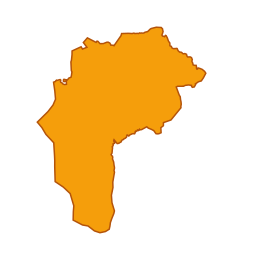 Tsafe, Zamfara, Nigeria (Robinson projection), rotated 348°
{"feature_id": "59680162B12426298681132", "entity_name": "Tsafe", "entity_type": "district", "adm_level": 2, "iso_a3": "NGA", "parent_name": "Nigeria", "parent_adm1": "Zamfara", "projection": "robinson", "projection_center": [6.979, 11.824], "detail": "fine", "context": "isolated", "style": "filled", "palette": "amber", "viewbox_px": 256, "rotation_deg": 348, "n_neighbors": 0, "source": "geoboundaries", "source_scale": "gbopen_adm2", "svg_char_len": 4026}
<svg xmlns="http://www.w3.org/2000/svg" viewBox="0 0 256 256"><g transform="rotate(348 128 128)"><path d="M176.6,35.3L171.4,35.5L170.4,35.8L167.2,37.8L166.0,37.8L164.3,37.9L163.2,38.4L161.8,38.2L160.7,37.8L159.7,37.8L159.0,37.4L158.0,37.8L156.9,37.4L156.2,37.3L154.2,37.0L153.7,36.5L152.9,36.4L151.7,36.5L148.2,35.5L141.4,34.3L140.3,36.3L131.4,44.6L130.9,44.0L130.2,43.9L129.4,43.6L128.5,43.5L128.4,42.9L128.3,42.4L128.0,41.6L127.8,41.0L127.5,40.8L127.0,40.4L126.4,39.9L125.0,39.7L121.4,40.3L118.2,39.7L116.5,36.9L115.7,36.6L114.6,37.6L113.1,36.4L107.0,31.4L102.1,35.1L104.6,40.5L99.9,41.3L99.0,38.8L89.3,41.0L88.5,44.6L86.8,49.9L85.9,51.5L84.5,60.0L84.8,61.5L83.6,64.8L82.8,66.5L81.4,66.7L80.2,67.0L79.5,67.8L78.6,68.4L77.9,68.0L77.1,67.8L75.7,67.1L75.1,67.1L74.5,68.7L75.0,69.4L77.5,69.4L76.9,72.5L74.9,72.3L73.6,71.5L72.8,70.1L71.7,69.3L71.6,68.4L72.2,67.2L71.7,66.5L71.3,66.5L69.7,66.6L68.8,66.7L68.0,66.3L67.2,66.8L66.8,67.4L65.8,67.5L65.4,67.6L64.7,67.7L64.6,69.0L64.1,76.6L63.1,84.8L59.4,90.0L53.0,95.4L40.5,103.4L43.9,109.8L44.7,112.2L46.4,117.2L52.3,127.0L50.7,137.7L50.3,140.3L49.6,144.5L48.3,150.5L45.6,165.3L52.4,172.3L57.8,180.1L58.8,192.9L57.2,198.2L55.2,206.7L62.6,212.8L63.3,213.4L68.5,215.5L73.8,221.7L78.8,224.6L83.4,224.6L84.4,224.6L88.6,223.1L89.9,220.3L91.1,216.9L93.2,213.4L96.3,208.8L97.5,206.3L96.9,199.1L96.8,197.6L97.8,190.3L99.5,186.4L100.9,183.1L101.9,177.7L103.5,173.7L104.6,170.9L105.6,168.4L105.5,166.6L106.4,164.6L106.6,163.5L106.6,161.6L106.9,158.2L106.4,155.0L106.9,153.9L107.0,152.4L106.2,151.4L106.0,150.3L107.1,149.3L107.6,147.8L108.2,145.8L108.8,144.2L108.7,143.6L108.6,143.2L109.0,143.0L109.4,142.5L109.9,141.8L110.1,141.2L110.0,140.6L110.1,140.4L110.5,140.3L111.0,140.2L111.4,140.1L111.6,140.2L111.9,139.9L111.9,139.5L111.7,139.3L111.8,138.9L111.5,138.4L111.4,138.2L111.5,137.3L111.6,136.9L111.9,136.5L112.2,137.1L112.6,137.9L112.9,138.6L113.3,139.3L113.7,140.1L114.2,141.0L115.0,141.1L115.5,141.0L115.8,140.9L116.5,140.9L117.2,140.4L118.0,140.4L118.8,139.7L118.9,139.2L119.6,138.7L119.9,138.5L120.5,138.4L121.3,138.3L121.6,137.8L122.4,137.6L123.0,137.5L123.4,137.4L123.7,137.0L124.3,136.9L124.9,136.3L125.0,135.6L125.3,135.3L125.4,134.8L125.7,134.7L125.9,135.2L126.5,135.2L127.1,136.0L128.0,135.5L128.2,135.2L129.2,134.9L130.1,134.8L130.4,134.6L131.6,134.6L132.5,134.8L132.8,134.7L133.0,135.0L133.3,135.0L134.1,134.0L134.3,133.1L134.5,132.9L134.6,133.2L134.6,133.3L135.4,133.0L136.0,132.8L136.1,132.6L136.5,132.6L136.6,132.4L136.6,132.2L136.8,131.9L137.0,131.8L137.4,131.9L137.6,132.2L137.7,132.6L138.3,132.4L138.6,132.4L138.7,132.1L138.9,131.9L139.0,131.7L139.2,132.0L139.4,132.3L141.0,132.4L146.6,130.7L147.8,132.3L150.9,134.4L151.5,135.0L152.6,135.8L153.0,136.7L153.3,137.4L154.2,139.4L154.7,139.6L156.3,140.0L157.9,139.9L158.3,139.7L159.4,139.5L160.2,134.5L161.5,133.9L162.4,133.5L163.1,133.1L163.7,130.5L163.8,130.1L171.7,129.1L184.0,119.2L184.2,117.8L185.0,115.9L185.3,113.5L185.3,111.1L185.6,108.3L184.9,106.2L183.7,97.9L185.2,97.5L191.0,98.7L192.9,98.2L196.2,98.5L198.7,99.4L199.0,99.5L198.8,100.5L199.4,101.6L201.4,101.6L203.3,99.4L203.1,98.9L206.6,97.4L209.5,97.2L212.3,94.5L215.5,90.6L214.7,88.5L213.8,87.4L212.9,86.2L210.9,84.8L209.2,83.9L208.6,84.0L208.2,84.8L207.6,84.7L207.4,84.2L207.7,82.3L207.7,80.9L205.7,80.4L204.8,79.8L204.8,77.8L204.4,76.4L204.4,75.8L205.1,74.5L204.8,72.5L204.0,71.6L203.2,71.3L202.0,71.1L201.1,70.9L200.8,70.5L200.7,70.0L200.7,69.6L200.6,69.4L200.5,69.1L200.6,68.1L200.1,67.7L199.6,67.4L199.1,67.0L198.5,67.0L198.0,67.0L197.3,66.8L196.8,66.2L196.3,65.4L195.6,64.8L194.4,64.6L193.9,64.0L193.4,63.3L193.0,62.6L192.8,61.6L192.6,60.5L192.0,60.2L191.0,60.2L190.5,60.0L189.5,60.0L188.4,59.5L187.6,58.7L187.5,58.0L187.4,57.3L187.1,56.9L186.5,56.7L186.1,56.2L186.2,55.5L186.4,54.8L186.5,54.1L186.5,53.2L186.1,52.6L185.6,51.2L185.4,49.6L185.2,48.0L184.5,45.6L183.9,45.2L183.4,45.6L182.7,46.3L181.9,45.7L180.9,45.3L180.5,44.1L181.6,42.4L182.4,40.8L182.3,39.5L182.4,38.2L181.4,36.6L176.6,35.3Z" fill="#f59e0b" stroke="#b45309" stroke-width="1.5"/></g></svg>